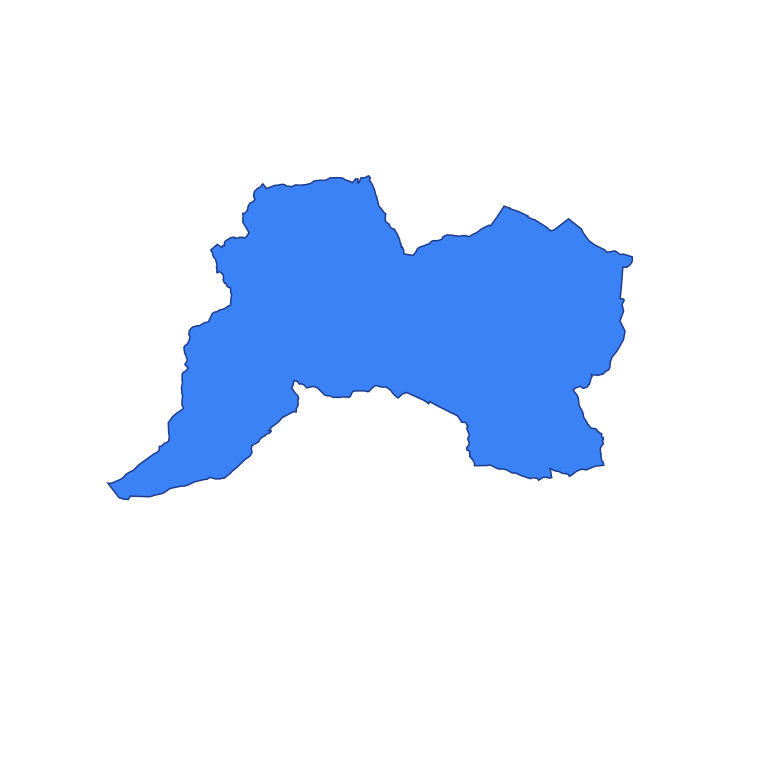 the district of Albestii De Arges, Arges, Romania, rotated 219°
{"feature_id": "2599482B24655595940767", "entity_name": "Albestii De Arges", "entity_type": "district", "adm_level": 2, "iso_a3": "ROU", "parent_name": "Romania", "parent_adm1": "Arges", "projection": "natural_earth1", "projection_center": [24.684, 45.238], "detail": "fine", "context": "isolated", "style": "filled", "palette": "blue", "viewbox_px": 768, "rotation_deg": 219, "n_neighbors": 0, "source": "geoboundaries", "source_scale": "gbopen_adm2", "svg_char_len": 6171}
<svg xmlns="http://www.w3.org/2000/svg" viewBox="0 0 768 768"><g transform="rotate(219 384 384)"><path d="M604.0,463.3L604.3,462.2L603.9,458.9L605.2,457.1L605.9,452.5L605.2,450.6L603.8,448.1L602.0,446.9L600.5,446.4L600.4,443.2L601.6,441.2L602.0,439.7L601.3,436.1L600.2,434.7L599.4,431.7L599.7,428.9L601.2,427.7L599.4,426.0L595.5,420.9L584.0,416.6L583.7,411.8L583.9,410.4L584.7,409.3L586.4,409.1L587.2,407.9L588.6,407.2L589.0,406.1L590.9,403.8L591.9,403.7L591.9,404.0L592.8,403.8L593.9,402.9L595.2,400.9L597.0,396.2L597.3,394.1L595.1,391.1L596.4,390.4L595.9,388.1L601.4,387.6L603.0,379.1L599.6,377.8L596.9,375.5L593.3,374.8L588.0,370.9L588.0,369.6L586.4,368.1L585.9,368.3L584.5,365.8L583.6,365.5L582.6,367.8L578.4,367.8L576.6,366.8L574.6,364.1L574.6,363.7L572.5,362.5L571.2,362.1L570.5,362.6L566.6,361.1L563.9,362.0L562.1,360.4L561.1,359.1L558.2,356.9L556.6,353.8L554.1,350.4L553.5,349.2L553.0,348.9L553.3,347.7L554.1,346.7L554.9,343.3L557.0,339.5L558.0,338.9L559.2,335.2L560.9,333.2L561.4,332.1L561.7,330.3L559.6,321.9L562.3,318.1L564.2,313.0L565.9,311.6L568.5,307.9L568.9,306.0L568.8,302.8L566.8,299.7L564.5,298.5L563.2,296.0L562.0,292.1L562.8,288.0L562.8,287.2L562.2,286.2L558.4,282.6L556.4,281.7L552.5,279.3L551.7,278.2L551.3,276.7L551.2,274.2L549.9,273.4L548.4,273.5L546.3,273.2L546.1,269.9L547.3,266.6L547.2,265.2L546.5,263.9L543.2,259.8L541.3,258.1L539.3,253.9L536.5,251.2L535.7,250.0L532.9,247.9L530.3,243.6L528.4,241.3L527.4,240.3L525.2,239.5L524.6,238.2L524.7,237.5L526.9,230.5L527.8,225.3L527.3,220.0L527.4,218.3L520.4,210.3L518.6,208.9L517.4,207.4L515.5,204.3L516.2,201.3L517.4,199.7L517.5,196.4L518.1,195.3L519.1,194.7L519.0,193.5L517.3,191.6L517.0,190.0L517.4,188.0L518.8,184.9L523.6,167.3L524.5,159.0L525.6,157.0L527.3,152.8L527.8,150.2L527.9,146.8L528.6,144.5L532.7,136.5L534.0,134.7L536.2,133.2L518.4,128.9L513.5,130.9L510.2,133.2L510.4,137.4L495.4,148.7L493.6,151.0L492.8,152.6L487.7,158.9L486.2,162.0L485.1,166.4L484.2,168.6L476.9,177.5L475.0,178.9L472.5,182.6L469.8,188.6L464.2,195.9L461.4,198.9L461.0,200.5L460.3,202.0L455.2,204.2L451.3,207.5L450.6,208.8L448.9,210.3L447.2,217.8L447.1,220.4L445.9,226.2L444.4,238.3L442.8,243.3L443.4,247.6L444.5,248.7L445.9,249.5L447.9,252.8L445.2,259.8L445.1,261.1L445.6,262.4L445.4,265.1L444.3,268.2L443.8,268.8L444.1,270.3L441.8,274.6L441.9,276.2L442.3,276.6L444.1,275.1L444.6,275.1L443.9,276.8L444.3,279.6L442.2,287.6L441.9,294.1L437.0,305.4L434.6,307.1L436.5,309.3L437.5,313.7L440.5,317.0L441.5,319.3L443.7,320.7L447.7,321.2L453.5,323.1L454.0,326.0L456.1,330.0L453.0,331.4L449.6,330.7L449.0,331.6L447.2,332.6L445.0,332.9L441.7,332.3L437.9,337.2L435.6,338.4L432.8,339.1L423.2,338.1L420.3,339.4L418.3,340.9L414.7,341.7L413.7,342.9L410.6,345.1L407.8,348.1L402.8,351.8L402.4,353.4L402.8,355.3L403.5,357.2L403.0,359.6L395.7,365.8L392.2,367.6L391.0,368.7L390.9,371.5L390.0,376.6L388.6,378.2L385.1,379.5L382.7,381.0L381.0,382.7L377.9,383.3L375.2,383.3L370.2,382.1L365.0,381.8L364.3,382.2L363.9,383.6L363.6,387.6L362.0,390.0L361.3,391.6L342.4,396.5L336.9,396.8L337.5,399.1L330.2,400.3L306.8,405.5L303.1,404.5L299.7,403.1L296.0,405.6L293.5,404.1L292.4,404.1L291.7,403.3L292.2,402.4L290.7,400.7L288.3,399.7L285.7,398.1L285.1,397.5L285.2,396.2L284.9,394.9L284.0,393.7L280.9,391.9L279.9,390.9L279.5,388.1L279.8,386.9L278.1,385.0L277.4,385.1L277.4,385.4L275.6,385.5L274.6,385.2L271.6,381.5L270.0,381.5L264.7,380.0L262.2,377.5L252.6,385.5L251.1,387.5L248.2,388.5L243.9,389.3L240.7,390.5L238.2,392.8L234.9,394.4L228.8,395.4L225.2,397.8L219.8,399.1L210.6,402.6L209.6,404.7L205.7,407.1L203.3,406.5L201.4,412.0L199.6,413.3L196.4,414.9L194.7,416.7L201.6,422.9L197.0,423.9L195.1,424.8L194.6,425.3L191.8,426.4L189.7,426.6L184.4,429.7L181.8,429.0L181.0,430.7L179.5,437.3L176.8,442.2L172.7,444.6L168.1,453.1L162.1,459.1L164.4,461.1L166.1,461.4L169.0,463.4L170.2,464.7L171.6,466.7L172.6,467.0L173.9,468.2L175.2,470.0L175.8,471.5L175.9,475.3L176.4,476.0L178.9,477.8L178.4,478.8L179.9,480.3L180.3,479.8L181.1,479.9L182.4,480.6L183.2,482.2L184.2,482.3L185.5,481.6L187.0,482.0L188.2,481.5L189.6,482.4L191.4,482.4L193.1,481.5L194.2,480.5L195.7,480.1L199.2,481.0L200.5,480.6L201.5,481.8L207.2,483.5L208.1,484.0L210.6,486.3L211.5,486.5L211.7,487.1L219.1,490.3L224.3,495.5L227.3,497.0L231.4,497.8L233.4,498.7L232.9,499.6L232.5,501.7L230.1,505.7L226.7,505.9L225.7,507.0L224.0,510.0L224.7,511.7L224.1,512.8L226.8,519.0L226.9,520.6L228.7,521.8L227.4,522.4L225.1,524.3L223.3,525.2L219.8,530.0L219.9,532.9L218.3,536.2L219.0,539.3L222.2,543.7L222.7,546.0L223.6,547.5L223.7,556.5L225.8,569.2L230.0,576.8L240.3,581.5L243.7,591.5L249.2,595.7L249.9,600.1L251.2,600.7L254.4,599.0L258.0,604.9L271.9,625.1L268.6,627.8L267.8,631.9L268.2,635.3L270.9,639.1L279.9,635.5L281.7,633.3L286.7,633.0L288.5,632.6L293.5,626.7L297.1,627.1L308.0,624.6L315.1,624.4L324.2,626.8L328.0,628.7L344.5,628.5L348.9,610.3L350.7,608.2L352.2,607.9L355.7,608.2L370.4,606.5L373.4,605.1L378.0,604.4L378.0,605.1L388.0,602.7L395.4,599.9L397.3,600.0L397.1,599.4L402.6,597.9L401.4,586.0L401.0,584.4L401.2,583.9L400.7,574.0L402.4,573.4L405.7,566.3L407.3,559.7L409.0,556.6L410.2,552.9L411.3,551.5L412.7,551.3L415.7,549.4L418.7,545.9L421.1,544.8L421.8,544.0L424.8,542.5L429.1,539.3L430.8,535.6L430.1,533.4L431.4,530.6L433.2,528.6L435.8,526.5L436.7,525.0L437.1,523.5L437.1,521.3L438.8,519.0L440.2,516.0L441.6,514.4L443.2,510.5L442.5,507.5L442.2,502.4L448.8,498.5L450.8,497.9L452.0,499.5L453.6,500.7L456.0,502.0L456.6,501.0L458.5,503.2L460.9,504.4L463.1,506.3L468.0,508.8L473.6,510.9L474.8,510.1L477.0,509.7L479.1,510.5L480.2,511.4L484.6,511.3L486.5,512.4L489.9,517.4L492.4,517.3L496.9,518.7L498.5,518.6L500.0,519.1L507.7,525.0L510.2,526.2L513.2,528.7L518.4,531.5L523.9,533.5L524.0,535.0L524.6,535.6L526.7,536.2L527.2,535.8L528.5,532.9L528.6,532.1L531.6,530.0L530.2,524.3L531.3,523.9L533.3,527.0L535.4,525.1L534.7,524.4L535.3,522.3L535.3,520.3L537.5,520.3L542.2,518.4L546.0,517.9L549.1,515.8L555.6,510.3L557.3,506.2L558.3,504.9L561.9,502.2L566.3,497.5L566.6,495.4L567.5,493.4L569.8,490.2L574.2,485.8L578.0,483.1L579.3,480.7L579.8,479.1L582.6,477.8L584.3,476.4L586.5,476.5L588.7,475.2L592.3,470.9L593.8,469.8L598.3,462.0L604.0,463.3Z" fill="#3b82f6" stroke="#1e3a8a" stroke-width="1.5"/></g></svg>